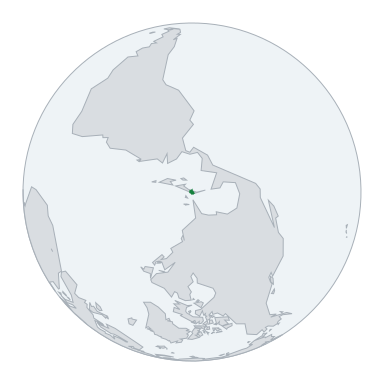 Villa Clara highlighted on a globe, orthographic projection, rotated 179°
{"feature_id": "CUB-1431", "entity_name": "Villa Clara", "entity_type": "Province", "adm_level": 1, "iso_a3": "CUB", "parent_name": "Cuba", "parent_adm1": "", "projection": "orthographic", "projection_center": [-80.068, 22.547], "detail": "fine", "context": "on_globe", "style": "filled", "palette": "green", "viewbox_px": 384, "rotation_deg": 179, "n_neighbors": 0, "source": "natural_earth", "source_scale": "10m", "svg_char_len": 10397}
<svg xmlns="http://www.w3.org/2000/svg" viewBox="0 0 384 384"><g transform="rotate(179 192 192)"><circle cx="192" cy="192" r="169" fill="#eef3f6" stroke="#a8b0b8"/><path d="M197.5,233.5L193.5,231.8L189.6,236.7L175.8,228.6L170.8,218.6L128.2,199.5L123.8,193.8L123.8,185.3L110.2,155.0L115.8,182.5L110.4,176.5L106.2,166.4L108.8,164.5L106.3,150.1L101.6,143.9L102.0,126.4L112.9,106.4L114.3,110.2L116.7,105.4L115.1,100.6L113.5,98.7L119.8,79.6L116.3,68.0L109.8,68.5L115.5,65.5L99.4,69.9L94.1,68.6L103.5,67.7L107.0,65.9L105.0,63.5L108.2,61.1L109.1,58.8L113.1,56.4L118.3,56.7L121.0,55.3L119.4,53.7L122.4,50.7L124.3,53.1L129.8,48.3L139.5,49.0L141.3,59.3L150.0,59.4L160.7,69.8L163.0,67.5L168.6,70.6L173.3,69.3L174.0,72.1L177.2,68.7L175.8,66.4L176.7,64.3L179.4,63.5L180.6,66.7L179.5,67.6L181.2,68.2L180.7,70.2L182.5,68.7L183.7,73.1L186.5,67.7L190.8,70.2L190.5,73.4L185.3,74.5L171.9,86.2L170.0,90.6L172.6,95.4L188.3,100.9L188.4,105.6L192.3,111.0L194.6,107.5L192.4,102.2L197.7,97.5L194.4,92.1L196.0,89.6L194.7,83.9L200.5,83.5L206.9,86.3L208.3,91.1L211.1,92.7L214.3,87.3L221.4,96.2L233.6,102.2L234.8,105.0L229.0,111.0L217.5,112.3L210.0,122.0L220.6,114.7L223.4,122.5L226.3,123.5L229.4,122.7L230.6,119.5L232.7,122.2L223.1,129.9L221.0,127.6L224.0,125.0L218.7,125.9L212.2,132.1L214.2,136.0L202.3,142.6L203.6,145.6L201.7,149.1L200.5,143.6L202.4,153.8L188.8,165.9L191.2,184.2L182.7,170.2L175.9,168.6L167.8,168.8L168.1,171.8L157.0,169.3L147.4,175.2L144.3,189.4L148.4,200.6L160.6,201.6L164.0,195.6L172.9,194.5L167.0,210.8L182.5,213.3L181.2,225.4L185.8,231.5L193.4,229.8L201.4,232.5L206.9,225.3L215.9,221.0L216.3,230.7L221.0,221.5L226.2,225.7L243.8,223.5L242.5,225.8L257.4,235.1L273.1,237.2L276.7,243.3L274.9,247.9L280.1,247.9L280.2,250.6L300.7,249.3L310.6,252.6L309.9,261.7L300.8,274.6L290.9,296.9L274.2,307.3L268.7,315.5L253.7,328.1L243.7,329.0L245.4,333.3L238.9,336.8L232.1,337.9L230.0,341.1L224.9,341.7L227.6,343.3L218.2,347.6L219.4,350.1L212.3,353.1L213.3,354.3L211.0,354.4L208.3,355.0L207.7,355.7L201.2,354.9L200.7,351.8L203.9,350.0L200.9,349.8L208.0,344.6L204.3,345.8L207.2,337.6L213.4,329.7L219.3,304.8L216.1,299.7L203.6,294.0L188.5,273.1L192.9,263.9L189.4,259.6L200.6,246.1L197.5,233.5ZM37.2,156.6L38.3,152.9L38.4,156.0L37.2,156.6ZM38.6,150.1L38.3,151.5L38.5,150.2L38.6,150.1ZM38.4,148.9L38.6,149.8L38.2,149.2L38.4,148.9ZM38.0,147.8L38.3,148.2L38.2,148.3L38.0,147.8ZM190.5,190.3L208.3,198.3L198.4,199.9L200.2,198.2L195.7,194.8L187.3,191.7L178.6,193.7L190.5,190.3ZM37.9,144.9L37.9,144.1L38.3,144.1L37.9,144.9ZM197.9,180.1L194.9,179.5L197.8,179.3L197.9,180.1ZM112.2,98.4L114.8,100.9L115.0,106.3L112.5,104.4L112.2,98.4ZM112.2,88.9L114.3,89.1L111.4,93.7L111.1,92.1L112.2,88.9ZM104.4,69.7L105.8,70.9L103.3,70.6L104.4,69.7ZM108.5,58.9L107.1,59.4L108.2,58.0L108.5,58.9ZM191.6,84.6L193.1,84.3L192.6,85.5L191.6,84.6ZM189.6,82.6L187.9,84.2L186.7,83.5L187.7,82.5L189.6,82.6ZM115.2,53.3L117.4,51.2L116.1,53.3L115.2,53.3ZM192.0,80.8L184.7,82.1L182.6,80.9L185.0,76.2L192.0,80.8ZM119.2,50.0L124.4,45.4L121.6,45.9L132.3,42.3L124.4,47.1L123.2,49.5L121.8,48.9L119.2,50.0ZM174.1,66.1L175.8,68.5L171.9,67.4L174.1,66.1ZM171.4,66.0L158.1,66.6L156.9,63.1L161.6,63.4L158.1,59.8L164.1,57.7L167.4,59.3L166.9,61.9L169.5,59.2L171.4,66.0ZM137.3,41.4L139.3,40.5L138.2,41.5L137.3,41.4ZM176.8,63.4L174.2,63.7L173.0,60.6L177.9,59.5L176.7,60.8L176.8,63.4ZM154.3,60.0L154.3,57.7L159.1,55.4L159.7,54.2L164.1,57.4L154.3,60.0ZM178.4,61.1L180.5,59.0L183.5,59.8L179.2,63.0L178.4,61.1ZM170.6,60.3L170.3,58.9L172.1,59.3L170.6,60.3ZM195.3,62.0L192.3,62.1L191.4,60.4L195.3,62.0ZM181.1,58.3L180.0,58.0L179.3,57.5L181.3,56.4L181.1,58.3ZM167.2,55.7L169.2,55.3L165.7,54.2L169.2,52.6L171.5,55.2L171.9,53.4L173.0,53.0L173.7,55.6L167.2,55.7ZM181.2,53.6L185.3,56.7L191.2,56.8L192.2,58.2L182.5,57.9L181.2,53.6ZM176.7,54.5L179.7,54.2L179.4,56.0L177.1,57.2L176.7,54.5ZM170.7,50.8L164.8,52.5L164.5,51.9L170.7,50.8ZM183.0,53.3L182.0,52.6L183.5,53.1L183.0,53.3ZM174.5,51.1L172.5,51.7L172.2,51.0L174.5,51.1ZM181.6,50.7L182.9,51.7L181.5,52.5L181.6,50.7ZM178.4,50.6L178.5,49.5L180.1,52.2L177.6,51.0L178.4,50.6ZM174.6,50.3L173.8,50.1L175.5,50.2L174.6,50.3ZM186.5,47.4L188.9,50.6L185.6,52.2L183.7,48.9L186.5,47.4ZM211.7,356.6L201.6,355.3L207.4,355.9L212.3,354.6L217.3,355.5L211.7,356.6ZM225.8,352.6L230.9,351.3L231.9,351.5L228.6,352.5L225.8,352.6ZM320.9,82.7L321.1,83.0L317.2,78.8L310.1,71.2L320.9,82.7ZM296.6,59.3L297.8,60.3L298.1,60.5L302.4,64.1L301.7,63.6L299.6,61.8L300.5,62.8L310.5,71.9L312.6,73.7L317.8,80.3L321.7,84.2L324.7,88.0L319.2,83.0L316.3,80.1L309.7,77.7L313.2,81.3L319.7,84.0L319.6,84.8L324.4,90.5L320.7,86.9L312.8,83.7L314.5,91.1L324.5,109.7L323.9,114.2L319.9,115.1L308.6,101.2L311.1,92.7L307.1,88.4L300.0,85.5L301.4,83.4L298.8,81.5L299.1,78.4L293.0,70.8L292.4,67.7L283.7,61.8L282.2,59.7L287.8,63.6L291.3,65.1L288.9,58.7L286.6,56.6L281.1,53.5L281.2,52.4L276.2,50.3L271.7,46.2L273.0,49.6L266.6,46.9L260.5,43.2L258.7,43.1L268.6,49.2L272.4,51.2L275.3,51.8L285.7,58.7L287.9,61.7L277.8,57.3L279.8,61.3L271.1,56.9L249.5,41.9L243.8,37.8L247.4,35.0L252.4,36.9L253.6,38.6L258.3,38.9L255.1,37.9L255.2,37.3L249.1,35.2L248.8,34.7L243.5,33.7L242.4,32.8L245.9,33.5L236.0,30.3L232.2,28.7L230.1,28.2L228.9,28.3L224.9,26.6L223.5,26.4L224.3,26.8L222.1,26.8L216.6,26.4L215.5,25.8L217.4,25.9L219.5,25.5L224.5,26.3L223.5,26.0L218.9,25.3L216.3,25.7L213.3,25.6L213.8,25.1L213.4,25.3L211.6,25.1L208.7,24.6L207.8,25.1L189.2,25.8L181.9,25.3L184.4,24.4L170.3,26.0L163.1,26.4L163.8,26.7L157.6,28.3L159.7,28.1L159.6,28.4L144.5,33.7L140.1,34.9L134.4,38.4L134.8,38.7L137.8,37.9L132.3,42.3L121.6,45.9L121.3,45.0L114.8,48.2L115.0,46.1L112.1,46.1L116.0,42.6L113.4,43.4L111.2,44.6L106.0,47.0L103.6,48.0L107.1,45.9L115.3,41.6L121.7,40.7L119.9,40.3L123.2,38.9L124.4,38.0L122.9,38.1L120.9,39.0L129.9,34.9L141.8,30.7L153.9,27.4L166.3,25.0L178.8,23.6L191.4,23.0L204.0,23.5L216.5,24.8L228.9,27.1L241.1,30.3L253.0,34.4L264.5,39.4L275.7,45.2L286.4,51.9L296.6,59.3ZM360.9,197.7L360.9,196.3L360.7,183.8L360.3,180.6L360.1,184.9L359.1,181.2L358.6,183.1L352.3,200.0L347.9,197.1L336.9,181.3L336.2,170.6L331.8,161.0L323.9,115.2L327.0,113.2L326.3,97.7L327.1,97.3L332.4,104.8L336.1,104.4L331.0,96.4L330.4,95.1L337.0,105.2L342.8,115.8L347.9,126.8L352.1,138.1L355.6,149.7L358.2,161.5L359.9,173.5L360.8,185.6L360.9,197.7ZM332.3,134.8L333.8,137.8L332.3,134.8ZM244.4,223.3L246.5,224.9L243.7,225.3L244.4,223.3ZM197.2,204.0L200.9,204.1L202.8,205.6L200.0,206.2L197.2,204.0ZM228.0,202.3L232.1,202.8L227.8,204.0L228.0,202.3ZM211.0,199.3L224.6,202.3L216.3,205.9L207.7,204.1L213.5,202.9L211.0,199.3ZM196.5,186.0L198.8,186.7L198.2,188.5L196.5,186.0ZM200.1,180.0L199.2,180.2L198.0,178.7L200.1,180.0ZM224.0,122.0L224.8,121.5L228.1,121.4L226.7,122.8L224.0,122.0ZM241.6,113.6L244.6,118.1L241.5,115.7L240.2,118.3L231.9,116.9L235.0,106.3L235.1,111.2L241.6,113.6ZM221.8,112.6L226.7,114.3L221.2,112.9L221.8,112.6ZM284.1,75.1L286.4,75.0L289.4,77.8L290.2,83.0L285.8,78.8L284.1,75.1ZM288.8,74.3L278.6,69.3L277.7,66.3L280.0,68.7L280.4,67.3L284.1,70.9L293.2,73.4L296.5,76.2L296.2,83.4L294.5,79.3L292.4,79.5L288.8,74.3ZM254.1,66.0L249.7,64.9L253.4,59.7L257.2,61.3L258.2,66.2L254.4,67.2L254.1,66.0ZM197.5,72.7L195.5,73.4L195.2,72.4L196.5,70.9L197.5,72.7ZM194.0,62.2L205.6,68.6L204.0,69.7L212.8,72.7L211.9,76.9L206.2,74.7L212.1,80.5L206.6,80.2L211.1,83.9L198.6,78.5L193.9,78.9L199.5,76.8L200.4,72.9L199.4,71.3L193.1,67.2L183.5,66.5L182.9,62.9L185.1,60.5L187.3,60.1L187.0,62.5L190.1,60.3L191.4,63.5L194.0,62.2ZM210.4,41.4L209.1,43.3L215.7,41.4L217.0,43.8L217.7,43.4L220.6,45.2L225.5,46.9L225.3,48.0L227.2,48.3L229.3,49.6L231.9,50.4L232.5,52.8L235.7,54.0L234.2,54.5L239.6,56.0L235.8,56.1L238.1,58.1L240.6,57.0L237.3,70.6L238.9,77.0L242.3,82.6L235.4,82.5L227.7,77.5L220.8,70.7L220.3,64.8L217.2,66.1L216.1,63.8L219.0,63.7L213.8,62.5L213.6,60.6L207.5,56.0L200.2,55.8L197.7,54.3L200.5,53.5L196.1,52.7L199.7,50.2L198.1,49.1L199.9,45.9L206.2,45.2L203.9,44.2L205.2,42.0L210.4,41.4ZM187.2,46.5L194.5,44.6L198.8,45.1L193.7,50.6L194.7,51.9L191.7,55.9L185.5,55.2L187.0,54.1L187.0,52.9L188.9,53.6L187.3,52.1L189.3,50.6L188.6,49.1L191.1,48.8L187.2,46.5ZM324.8,93.3L324.8,92.5L324.1,90.5L327.1,94.2L324.8,93.3ZM319.6,91.2L319.1,89.8L323.0,93.7L322.9,94.8L319.6,91.2ZM315.5,86.0L318.8,89.4L317.0,88.2L315.5,86.0ZM287.0,62.3L286.1,60.9L287.3,61.5L289.3,63.1L287.0,62.3ZM230.3,38.2L228.8,38.8L227.8,38.4L222.3,38.4L221.0,36.9L223.7,36.3L230.3,38.2ZM325.3,88.4L324.9,87.7L326.1,89.5L325.3,88.4ZM227.8,36.6L225.8,36.7L226.4,36.0L227.8,36.6ZM219.7,35.9L219.8,34.9L220.2,36.8L219.7,35.9ZM213.2,27.3L222.3,28.6L227.9,29.3L229.6,28.9L231.1,30.3L222.4,29.3L213.2,27.3ZM192.3,25.9L190.8,26.7L188.9,26.3L188.9,26.1L192.3,25.9ZM193.2,26.3L196.3,27.4L193.8,27.9L191.9,26.9L193.2,26.3ZM212.4,31.1L215.2,31.5L214.7,32.0L212.4,31.1ZM138.3,40.3L139.2,40.5L137.4,40.9L138.3,40.3ZM161.0,28.3L160.5,28.7L158.3,29.1L161.0,28.3ZM158.0,30.4L160.8,29.7L158.3,30.7L158.0,30.4ZM167.0,28.2L162.1,29.5L166.1,27.9L167.0,28.2Z" fill="#d9dde1" stroke="#a8b0b8" stroke-width="1"/><path d="M190.6,190.5L190.8,190.7L191.0,190.8L191.3,190.9L191.5,190.9L191.8,190.8L191.7,190.8L191.8,190.8L192.0,190.9L192.2,191.0L192.3,191.1L192.5,191.1L192.8,191.2L192.8,191.3L193.0,191.4L193.2,191.7L193.3,191.7L193.3,191.8L193.5,192.0L193.8,192.2L193.8,192.3L193.7,192.4L193.8,192.4L193.9,192.6L194.0,192.8L193.9,192.8L193.7,192.9L193.6,193.0L193.4,193.2L193.2,193.1L192.9,193.1L192.9,193.3L192.9,193.5L192.7,193.7L192.4,193.6L192.2,193.7L192.1,193.8L192.1,193.7L192.0,193.4L191.9,193.4L191.9,193.2L192.0,192.9L191.9,192.9L191.8,192.7L191.7,192.6L191.5,192.4L191.5,192.2L191.4,192.1L191.5,192.0L191.5,191.9L191.4,191.9L191.3,192.0L191.2,192.0L191.2,191.9L190.9,191.9L190.8,192.0L190.7,191.9L190.7,191.7L190.7,191.4L190.6,191.2L190.4,191.2L190.4,191.3L190.3,191.2L190.2,191.1L190.2,190.9L190.2,190.7L190.3,190.7L190.5,190.7L190.6,190.5ZM194.0,191.7L193.9,191.7L193.7,191.5L193.5,191.4L193.4,191.4L193.2,191.3L193.2,191.2L193.3,191.2L193.5,191.4L193.7,191.5L193.8,191.6L194.0,191.7L194.0,191.8L194.0,191.7ZM191.3,190.7L191.5,190.6L191.6,190.8L191.3,190.7L191.2,190.7L191.3,190.7L191.3,190.7ZM191.7,190.3L191.8,190.4L191.7,190.5L191.6,190.4L191.7,190.3ZM193.1,191.1L192.9,191.1L192.9,190.9L193.0,191.0L193.1,191.1ZM191.5,190.3L191.4,190.3L191.4,190.2L191.4,190.3L191.5,190.3L191.5,190.3ZM192.5,190.8L192.4,190.8L192.5,190.8ZM191.1,190.2L191.0,190.3L190.9,190.3L191.0,190.3L191.0,190.2L191.1,190.2ZM192.0,190.5L191.9,190.5L192.0,190.5L192.0,190.5Z" fill="#22c55e" stroke="#15803d" stroke-width="1.5"/></g></svg>